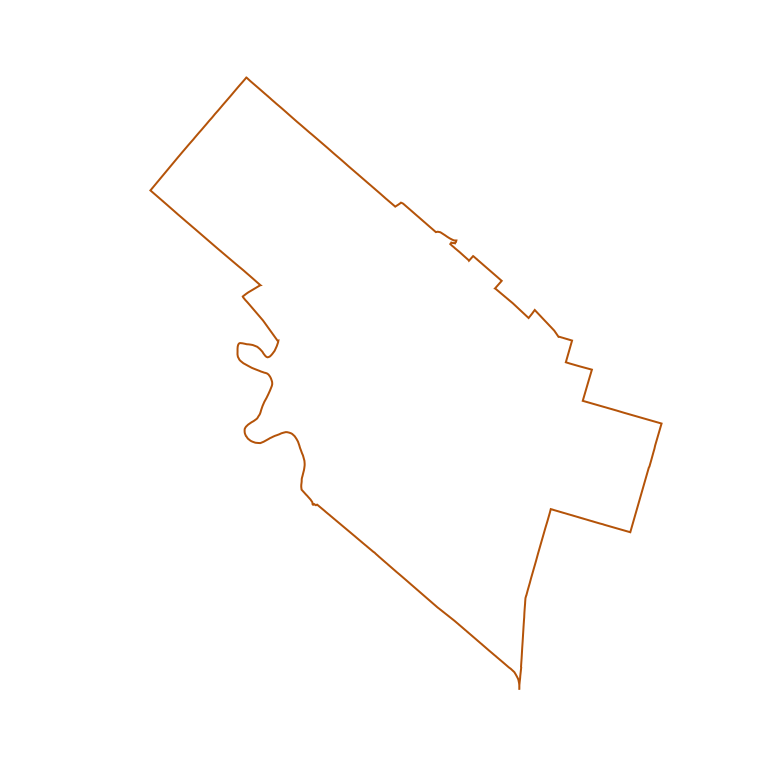 outline of Ciochina, Ialomita, Romania, rotated 286°
{"feature_id": "2599482B22569016944723", "entity_name": "Ciochina", "entity_type": "district", "adm_level": 2, "iso_a3": "ROU", "parent_name": "Romania", "parent_adm1": "Ialomita", "projection": "albers", "projection_center": [27.026, 44.577], "detail": "fine", "context": "isolated", "style": "outline", "palette": "amber", "viewbox_px": 768, "rotation_deg": 286, "n_neighbors": 0, "source": "geoboundaries", "source_scale": "gbopen_adm2", "svg_char_len": 5230}
<svg xmlns="http://www.w3.org/2000/svg" viewBox="0 0 768 768"><g transform="rotate(286 384 384)"><path d="M541.9,414.0L541.3,411.6L541.6,409.6L542.1,407.1L543.0,404.0L543.7,402.0L544.8,398.4L545.4,396.4L545.2,393.7L544.3,392.0L562.5,353.0L562.8,352.1L563.0,350.3L561.9,349.6L560.1,348.1L557.6,345.9L558.0,345.1L562.8,334.5L566.0,327.8L583.5,289.9L586.8,283.0L588.8,278.7L590.9,274.1L592.0,271.7L595.2,265.0L601.1,252.2L603.9,246.1L605.2,243.1L609.8,233.2L612.1,228.1L616.6,218.6L617.9,215.9L620.8,209.8L624.0,202.7L624.4,201.9L626.4,197.6L627.4,195.6L630.6,188.7L633.8,181.9L638.3,172.1L640.7,167.3L640.7,167.2L638.6,166.3L634.9,164.6L632.2,163.3L629.2,161.9L623.0,159.1L621.4,158.4L617.2,156.5L607.5,152.0L601.9,149.5L596.9,147.1L592.7,145.3L589.0,143.5L584.5,141.5L581.7,140.2L578.6,138.8L574.6,136.9L571.1,135.3L568.0,133.9L567.0,133.5L565.1,132.6L562.8,131.5L559.8,130.1L556.7,128.7L551.0,126.1L546.5,124.1L545.7,123.7L545.2,123.5L505.7,106.1L496.6,125.7L490.3,139.0L485.7,149.0L482.5,156.0L478.6,164.5L468.2,187.0L457.2,211.4L455.6,215.1L454.4,217.8L453.4,219.9L449.3,228.7L445.1,237.5L444.9,238.0L444.8,237.8L434.7,228.3L432.6,226.6L429.2,224.1L428.5,224.7L426.6,227.4L424.9,230.2L418.3,240.2L411.7,250.2L396.3,269.7L396.7,270.5L394.9,270.7L392.9,270.6L390.9,270.5L388.9,270.2L385.7,269.7L382.5,268.5L380.7,267.7L379.0,266.7L378.2,265.8L377.6,264.8L377.6,264.1L377.7,263.4L378.4,262.0L379.0,261.2L380.1,259.7L381.5,258.2L383.4,255.1L384.8,252.0L385.1,249.3L385.3,247.1L385.1,245.1L384.8,243.0L384.4,241.2L384.3,239.1L384.1,236.7L383.7,234.5L383.4,233.9L382.8,233.4L381.9,233.1L381.0,233.0L379.4,233.1L377.5,233.5L376.1,233.9L374.7,234.3L372.1,235.0L370.4,235.8L369.7,236.2L368.7,237.2L368.0,237.8L367.2,238.7L366.5,240.0L366.0,241.2L365.2,243.1L364.1,247.9L363.6,250.2L363.1,252.5L362.8,255.2L362.6,257.4L362.4,259.5L362.3,260.8L362.1,262.1L362.0,264.5L361.9,265.9L362.0,267.0L361.9,268.6L361.3,270.3L359.7,272.4L358.2,273.8L357.2,274.5L356.2,275.2L355.1,275.9L353.1,276.6L351.2,276.7L346.2,276.2L342.2,275.6L338.2,274.9L333.9,273.9L329.3,273.3L325.2,273.1L322.4,273.1L320.4,272.9L319.0,272.4L316.0,271.6L315.1,271.0L312.9,269.3L312.1,268.6L310.7,267.2L307.4,264.5L306.1,263.8L305.1,263.2L304.3,262.9L303.5,262.7L302.4,262.5L301.3,262.7L299.4,263.3L298.0,264.0L296.1,265.5L295.8,265.8L295.7,266.2L295.0,266.9L294.7,267.3L294.3,267.8L293.9,268.3L293.7,268.9L293.3,269.8L292.8,271.0L292.5,272.1L292.3,273.4L292.1,276.5L292.6,279.2L293.1,281.4L295.3,284.2L299.5,288.4L300.5,289.3L301.6,290.6L302.9,292.0L304.3,293.7L305.1,294.9L306.8,297.2L308.3,298.9L309.5,300.8L310.7,302.9L311.0,304.3L311.1,306.3L311.0,308.1L310.7,309.5L309.9,311.1L309.2,312.5L307.1,315.0L304.9,317.2L301.5,319.6L299.4,320.9L297.7,322.2L294.8,324.3L293.0,325.8L290.2,327.5L288.2,328.7L285.2,329.8L283.6,330.2L280.9,330.6L279.0,330.8L275.5,330.9L273.1,331.0L271.5,331.0L270.0,331.1L267.3,331.8L264.1,332.3L262.3,332.8L259.7,333.9L255.9,340.0L255.5,340.8L254.7,342.0L252.7,345.2L251.2,347.0L250.8,347.5L250.4,347.8L250.0,348.0L249.7,348.1L248.9,348.4L248.7,348.5L248.4,348.9L248.4,349.2L248.8,349.4L249.0,349.5L249.3,349.7L249.3,349.9L249.3,350.0L249.3,350.3L248.8,351.1L248.7,351.4L248.7,352.0L249.5,352.8L249.6,353.0L245.5,362.3L245.4,362.4L231.2,394.4L225.3,407.5L219.5,420.6L219.5,421.1L218.6,422.7L218.2,423.5L217.4,425.2L216.5,427.0L206.8,447.8L203.6,454.9L198.8,465.2L193.0,477.7L186.7,491.2L184.1,496.8L178.2,511.2L176.1,516.3L175.5,517.7L165.5,539.5L156.9,558.1L147.9,578.0L146.6,580.8L146.0,582.1L145.7,582.9L145.2,584.3L142.9,588.8L142.4,589.3L141.1,590.7L139.5,592.3L137.6,594.1L136.4,594.9L133.7,596.3L132.0,597.0L128.6,598.0L127.3,598.3L128.8,598.0L129.8,597.7L130.9,597.4L132.0,597.1L134.7,596.6L138.9,595.9L140.7,595.5L149.5,594.0L149.8,593.7L153.0,593.0L158.2,591.9L167.5,589.8L171.2,589.0L174.9,588.2L183.0,586.4L190.7,584.7L195.8,583.6L198.3,583.1L199.5,582.8L202.9,582.0L207.6,581.0L212.5,580.0L212.8,579.9L217.2,579.0L219.9,579.0L220.0,579.1L225.4,579.0L228.1,579.0L231.6,579.0L232.6,579.0L237.8,578.9L244.6,578.9L248.0,578.9L250.9,578.9L254.9,578.9L255.8,578.9L263.4,578.8L268.7,578.8L274.8,578.8L278.6,578.8L284.0,578.8L290.3,578.8L296.8,578.9L305.0,578.9L305.7,578.9L306.2,578.9L309.7,578.8L309.4,630.0L309.5,633.0L309.4,634.5L309.4,645.5L309.4,646.4L309.4,651.1L309.4,660.5L309.4,661.6L314.3,661.6L323.0,661.6L331.8,661.6L343.0,661.6L367.5,661.6L376.8,661.6L377.6,661.9L383.7,661.9L392.8,661.8L394.0,661.8L396.4,661.8L398.0,661.7L399.5,661.6L422.5,661.7L422.5,650.7L422.5,645.8L422.5,642.8L422.5,638.7L422.5,634.7L422.5,628.9L422.5,622.4L422.6,614.9L422.6,600.4L422.6,597.2L422.6,589.3L422.6,579.7L444.8,579.8L455.1,579.9L455.0,573.3L454.9,566.7L454.9,557.0L455.0,552.8L477.6,552.8L477.7,539.4L477.4,538.8L482.2,533.0L489.4,520.8L496.7,508.5L492.3,506.9L487.3,504.8L497.2,485.4L499.0,481.3L506.5,464.5L506.5,464.4L515.6,468.7L519.9,459.5L531.4,434.8L531.5,434.4L526.1,431.8L525.9,431.7L526.0,431.6L526.5,430.9L529.2,425.3L531.5,420.6L534.2,414.5L534.6,413.8L535.5,411.7L536.0,410.6L536.5,409.8L536.7,409.2L537.2,409.2L537.7,409.5L538.2,409.8L538.5,409.8L538.5,410.8L538.5,411.2L538.5,411.6L538.8,412.6L538.8,413.5L539.7,413.6L540.2,414.0L540.6,414.0L541.5,414.0L541.9,414.0Z" fill="none" stroke="#b45309" stroke-width="2"/></g></svg>